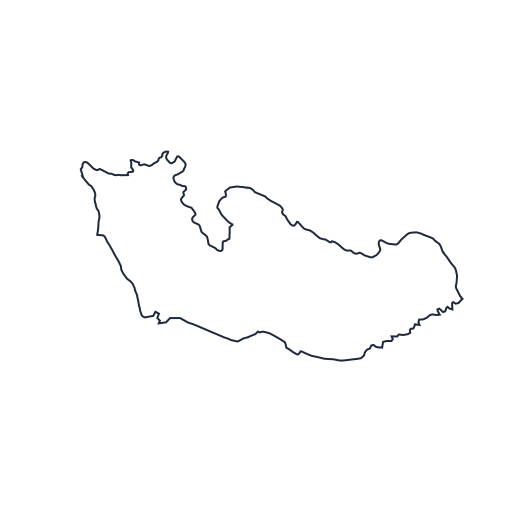 outline of Mandiana, Mandiana, Guinea, rotated 304°
{"feature_id": "49546643B67473886511689", "entity_name": "Mandiana", "entity_type": "district", "adm_level": 2, "iso_a3": "GIN", "parent_name": "Guinea", "parent_adm1": "Mandiana", "projection": "equal_earth", "projection_center": [-8.547, 10.818], "detail": "fine", "context": "isolated", "style": "outline", "palette": "slate", "viewbox_px": 512, "rotation_deg": 304, "n_neighbors": 0, "source": "geoboundaries", "source_scale": "gbopen_adm2", "svg_char_len": 5998}
<svg xmlns="http://www.w3.org/2000/svg" viewBox="0 0 512 512"><g transform="rotate(304 256 256)"><path d="M335.9,451.2L336.1,450.1L336.1,449.4L336.8,448.9L336.8,447.9L338.0,445.7L341.2,440.0L342.5,438.6L346.0,437.2L352.1,433.7L355.7,430.0L356.8,428.5L357.2,428.0L358.1,425.5L359.0,422.0L362.2,414.0L362.6,412.0L363.5,409.5L363.9,409.4L364.0,408.3L366.6,404.7L367.6,403.3L368.5,401.1L368.8,395.5L369.4,393.6L369.3,392.1L369.2,391.1L367.3,383.0L367.0,380.8L365.6,376.3L363.6,373.4L360.9,370.4L358.8,369.3L351.0,367.3L345.7,366.8L345.1,366.5L343.8,365.7L340.8,360.2L339.8,357.4L339.6,355.3L339.5,353.7L339.0,350.8L338.7,350.4L337.4,349.9L335.1,350.6L333.8,351.8L331.6,354.6L331.2,355.2L331.0,355.4L329.3,355.9L326.4,355.8L324.2,355.4L320.1,353.3L319.0,351.8L317.3,346.0L317.0,341.1L316.6,340.0L316.3,339.8L314.4,338.4L313.6,337.3L313.2,335.3L313.5,331.6L312.8,330.3L311.5,328.7L310.9,326.8L310.8,325.3L310.8,324.4L311.7,317.4L311.6,313.4L311.5,313.2L310.7,310.8L310.1,310.7L309.5,310.7L308.7,309.6L308.5,304.2L307.7,302.8L306.5,299.3L306.6,296.5L307.4,290.4L307.4,286.6L305.8,282.1L305.6,280.1L307.6,271.9L307.2,270.8L304.4,271.1L302.3,270.5L301.7,269.3L301.6,267.1L301.8,266.4L302.1,265.7L303.8,261.2L305.5,258.4L305.7,254.9L306.8,253.1L309.2,252.4L310.0,251.4L310.2,250.8L310.6,250.0L311.1,247.5L310.0,237.2L310.0,233.2L310.5,230.2L308.9,222.4L308.3,219.3L309.1,216.9L309.1,213.6L308.0,210.6L307.5,210.5L305.7,206.2L304.5,204.4L303.7,202.6L302.6,200.9L298.3,196.2L294.2,194.7L292.3,194.3L290.8,196.1L289.7,197.0L289.2,197.3L288.1,197.6L287.1,196.7L286.3,196.0L284.5,195.3L280.9,194.9L276.1,196.1L274.4,196.9L273.9,198.5L273.8,199.1L271.0,204.5L270.8,204.9L268.9,213.6L268.8,215.8L268.8,216.7L269.0,218.7L268.7,219.1L265.0,218.1L260.0,221.6L258.7,222.1L258.3,222.4L257.0,223.5L255.3,224.3L253.9,223.3L252.3,222.9L251.6,222.5L251.4,222.3L250.4,221.1L249.7,220.8L249.6,220.7L248.5,220.9L242.8,224.6L240.8,224.3L239.9,223.1L239.4,221.5L239.3,220.3L239.8,217.7L239.0,211.8L239.2,210.6L239.3,210.4L239.6,209.7L242.9,206.6L244.7,204.4L245.2,201.3L245.1,200.0L245.1,199.7L245.6,197.2L249.2,192.9L249.9,191.2L249.9,190.2L249.2,186.5L249.1,185.3L249.3,184.9L249.6,183.8L250.5,182.7L251.6,182.0L253.1,182.0L256.2,182.7L256.9,182.4L257.6,181.6L258.7,179.1L259.9,175.5L259.3,173.5L258.8,171.5L258.3,168.1L258.6,166.4L258.8,165.5L259.6,163.6L260.9,162.2L262.0,161.9L266.0,162.4L268.2,160.1L269.1,160.1L271.7,160.9L272.6,160.5L273.7,159.5L273.9,159.1L274.1,158.5L274.0,157.6L272.8,155.8L272.5,153.2L271.6,151.1L271.6,150.7L271.5,149.8L271.7,148.6L271.8,148.0L272.5,146.3L274.1,144.2L275.0,143.6L277.2,143.5L280.2,145.6L280.7,145.8L285.1,147.9L286.8,148.1L287.9,147.6L290.1,147.5L292.2,146.7L293.1,145.9L293.7,144.4L294.0,143.6L294.9,139.1L295.3,136.8L295.2,135.9L294.4,135.0L293.7,135.1L288.7,135.7L285.8,134.3L285.4,133.7L285.2,132.4L285.3,131.8L286.2,128.1L287.1,126.6L289.5,125.4L291.9,125.4L293.3,124.8L292.3,123.0L289.6,121.3L287.4,121.6L286.9,122.2L284.9,122.2L283.6,121.2L282.4,120.9L280.5,121.6L279.1,121.4L275.5,119.5L275.2,119.4L272.9,118.7L270.9,117.2L269.7,112.5L268.3,110.9L266.9,109.9L266.6,109.6L266.3,108.6L266.6,107.7L268.2,106.8L267.6,105.2L266.8,102.9L266.8,100.4L265.8,98.9L265.2,98.6L263.4,100.6L259.7,103.0L258.9,105.2L258.6,106.1L257.8,106.7L256.9,106.7L254.3,103.6L253.1,103.5L251.7,104.0L251.4,104.5L250.0,102.5L247.9,99.5L247.6,99.1L247.3,98.6L246.2,96.3L245.1,95.3L244.0,93.4L243.4,90.3L242.0,87.8L241.1,79.9L241.0,79.2L240.7,77.7L238.4,76.4L237.9,75.1L237.6,72.4L238.9,65.3L239.0,63.5L238.6,62.0L237.4,60.9L235.5,60.8L232.4,62.3L229.9,62.2L225.3,67.8L224.9,67.3L224.2,69.0L223.8,70.7L223.2,72.3L222.7,74.2L222.1,76.2L221.7,78.2L221.9,80.1L221.4,81.4L220.7,83.0L220.1,84.5L219.2,85.9L217.9,87.7L216.7,88.6L215.8,89.3L214.3,89.6L212.8,90.5L211.7,91.4L210.1,92.9L209.4,94.2L208.3,94.9L207.5,96.0L206.2,97.6L205.5,99.8L203.9,101.8L202.3,103.2L200.7,104.5L198.7,105.4L196.4,106.3L195.0,107.2L193.3,108.2L190.8,109.6L188.4,110.9L186.5,111.7L184.7,112.6L187.5,117.4L187.5,118.1L187.6,119.5L186.6,121.4L184.8,124.4L182.7,129.1L180.6,133.4L177.7,138.8L174.7,145.1L172.9,148.2L172.1,149.6L169.2,152.1L167.1,156.1L165.0,162.0L164.8,166.1L164.0,169.3L162.6,171.5L162.0,172.6L161.6,173.2L161.3,173.5L161.1,173.7L159.8,175.0L159.3,175.8L158.2,177.5L157.1,179.2L155.8,180.4L154.0,182.3L152.7,183.6L151.2,185.1L149.4,186.8L148.4,188.1L147.4,189.1L146.1,190.3L145.3,191.2L144.4,192.6L143.4,193.7L142.9,194.7L142.6,195.6L142.6,196.2L142.8,197.3L143.0,198.3L145.9,201.2L148.9,204.3L153.5,203.8L153.9,207.8L149.5,208.8L148.6,212.5L145.8,213.1L150.7,218.5L156.5,219.5L159.6,224.1L162.1,227.8L162.8,236.7L164.3,242.1L165.6,248.4L167.8,260.2L169.5,268.6L170.7,275.0L171.9,279.3L172.4,282.6L173.4,284.9L174.8,288.5L175.8,289.2L180.7,291.7L184.0,294.6L187.9,297.1L191.0,299.2L194.4,299.8L194.7,301.8L197.1,303.9L198.4,307.1L199.6,311.0L200.1,316.3L200.4,320.0L200.6,323.5L200.6,325.9L200.7,328.1L199.4,329.9L196.9,332.5L197.1,333.5L197.1,334.7L197.2,335.6L197.3,336.0L197.2,336.4L197.2,337.5L197.1,338.1L197.1,339.6L197.0,340.2L197.1,341.3L197.1,342.0L197.3,343.3L197.2,343.7L197.3,344.8L197.9,345.5L197.9,345.9L198.9,346.1L199.5,346.4L200.7,346.2L201.4,346.3L202.2,346.5L203.4,353.5L204.3,357.9L205.6,361.1L207.3,365.3L209.0,370.0L211.6,374.5L213.7,378.0L215.3,381.9L216.9,385.1L219.0,387.8L224.4,394.0L227.0,397.1L229.9,400.1L233.7,401.2L237.5,400.1L240.6,400.5L242.9,402.1L246.3,401.6L248.0,403.2L247.8,406.5L249.4,410.0L250.5,410.9L250.6,411.8L255.8,409.4L258.5,411.7L261.2,415.8L263.5,415.9L265.2,413.4L267.3,416.6L268.3,418.1L270.8,418.3L272.8,422.2L276.1,425.6L278.6,426.8L280.6,425.0L282.2,425.0L283.8,427.0L287.0,426.5L288.2,425.9L290.2,430.1L291.9,427.7L294.4,426.8L297.1,430.2L300.3,432.1L304.0,433.2L306.1,434.7L308.1,438.8L310.1,441.1L312.0,437.4L313.2,436.3L314.8,437.4L314.6,439.5L314.1,442.3L315.9,443.8L319.6,442.8L321.0,443.3L320.6,445.4L321.5,448.7L325.6,445.6L326.7,444.9L328.1,445.3L328.1,448.1L330.2,450.2L332.7,450.5L335.9,451.2Z" fill="none" stroke="#1e293b" stroke-width="2"/></g></svg>